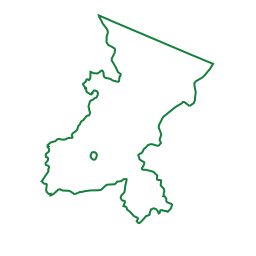 map outline of Koulikoro (orthographic projection), rotated 23°
{"feature_id": "MLI-4860", "entity_name": "Koulikoro", "entity_type": "Region", "adm_level": 1, "iso_a3": "MLI", "parent_name": "Mali", "parent_adm1": "", "projection": "orthographic", "projection_center": [-7.926, 13.476], "detail": "fine", "context": "isolated", "style": "outline", "palette": "green", "viewbox_px": 256, "rotation_deg": 23, "n_neighbors": 0, "source": "natural_earth", "source_scale": "10m", "svg_char_len": 4445}
<svg xmlns="http://www.w3.org/2000/svg" viewBox="0 0 256 256"><g transform="rotate(23 128 128)"><path d="M63.8,186.8L63.5,186.3L63.3,185.8L62.9,185.1L62.7,184.7L62.8,183.5L63.3,182.5L63.9,181.6L64.3,180.6L64.2,179.6L63.7,178.6L62.9,177.7L61.4,176.9L61.6,176.7L62.2,176.0L60.7,175.0L62.5,171.5L64.3,170.1L66.1,168.7L67.6,165.7L69.2,164.9L71.2,164.6L73.3,163.9L75.0,162.8L76.2,161.2L76.9,160.6L80.6,158.6L80.0,157.6L79.4,156.9L79.0,156.2L79.1,155.1L79.5,154.0L81.5,150.8L81.8,149.5L81.8,148.4L81.5,146.0L81.5,145.3L81.7,144.8L82.0,144.3L82.2,143.7L82.3,140.8L82.6,139.9L82.9,139.4L83.6,138.5L83.9,138.0L84.0,137.4L84.2,136.5L85.0,133.7L85.3,133.1L85.7,132.6L85.9,132.4L86.3,132.3L86.7,132.0L87.2,131.4L87.3,130.5L87.2,129.5L87.0,128.7L86.5,127.9L85.2,126.6L84.7,125.4L84.4,124.9L84.0,124.5L83.5,124.2L83.3,123.8L83.2,123.4L82.6,118.6L82.8,117.7L83.3,117.0L84.5,115.8L84.8,115.3L85.5,113.8L86.0,113.3L86.6,112.8L87.0,112.2L87.1,111.5L87.1,110.8L87.3,109.8L87.2,109.2L86.7,107.7L85.8,106.8L84.6,106.3L83.1,106.4L82.2,106.6L81.9,107.1L81.7,108.2L81.0,109.7L80.9,110.3L81.6,110.4L81.0,111.5L79.9,111.6L76.1,111.0L75.2,110.3L74.0,107.9L73.6,108.4L73.2,108.5L72.9,108.2L72.6,107.6L72.4,107.2L72.0,107.0L71.6,106.9L71.2,106.7L69.8,105.5L69.5,105.2L69.4,104.6L69.5,104.4L69.8,104.2L70.0,103.9L70.3,103.0L70.4,102.7L70.8,102.2L71.0,101.5L70.8,99.9L71.0,99.3L72.0,98.9L72.8,99.2L73.4,99.1L73.7,97.8L73.7,96.8L73.5,95.9L71.5,91.0L75.3,91.0L76.7,90.3L78.5,89.8L80.0,87.7L81.0,85.5L82.0,85.3L83.0,85.8L83.9,86.8L85.2,89.3L86.4,90.4L87.7,90.6L89.7,90.2L92.8,89.7L95.2,90.3L97.2,89.9L100.1,89.6L101.4,88.7L101.3,87.8L100.2,84.4L100.5,83.3L100.6,81.9L100.0,81.2L96.8,80.4L94.0,77.7L91.3,75.6L86.8,72.3L85.9,70.7L86.1,68.1L86.3,64.2L85.6,61.2L84.9,60.2L82.1,59.6L77.4,59.3L74.6,57.3L72.6,51.9L72.2,48.4L71.9,47.3L69.9,45.1L63.7,41.6L62.5,40.4L60.1,38.6L57.9,36.8L57.1,35.8L62.5,35.8L63.2,35.8L67.2,35.8L70.2,35.9L73.4,35.9L77.0,35.9L80.7,35.9L86.6,35.9L92.9,35.9L99.6,35.9L106.5,35.9L113.7,35.9L121.1,35.9L128.5,35.9L136.1,35.9L143.6,35.9L151.1,35.9L158.4,35.9L165.6,35.8L172.6,35.8L179.2,35.7L181.2,35.7L180.5,41.2L177.6,50.7L176.3,53.0L172.2,58.5L171.5,60.9L174.1,65.4L176.3,68.3L177.8,73.8L178.8,76.5L178.8,79.5L177.7,81.1L176.7,82.8L175.4,83.6L169.9,82.1L168.4,82.6L167.5,84.8L164.1,89.3L162.5,92.0L156.0,104.2L155.4,112.5L156.0,115.5L158.7,118.2L161.3,121.2L161.6,125.8L162.1,127.1L163.7,128.3L164.2,129.1L163.1,132.2L161.7,133.0L157.6,133.3L155.0,134.1L153.0,136.0L152.2,138.6L150.7,141.5L150.8,143.1L150.3,145.8L148.7,147.4L148.1,149.0L148.8,149.8L150.9,152.3L153.7,153.0L155.8,153.0L156.8,153.9L157.0,156.5L156.5,159.4L157.1,160.5L158.4,160.5L160.3,159.6L165.3,158.8L168.5,158.4L170.4,159.2L173.5,160.3L174.6,163.7L175.4,164.2L177.5,163.5L178.9,163.3L179.6,165.3L180.6,168.2L182.5,168.9L184.7,169.9L186.3,172.3L186.4,174.1L187.0,175.7L187.0,176.9L188.6,176.6L191.0,178.4L191.8,180.4L193.3,181.1L197.3,180.9L198.6,181.4L198.9,185.5L197.3,189.6L195.7,189.5L192.6,190.4L191.3,190.3L190.0,191.0L190.2,193.1L190.2,194.1L189.7,194.6L187.5,192.6L185.3,191.7L183.0,191.9L181.0,194.0L181.1,196.2L181.7,199.6L178.9,202.3L178.4,204.2L177.4,207.1L176.7,208.9L175.7,211.1L174.4,211.3L172.4,210.4L172.7,207.7L171.9,206.9L168.0,206.8L162.2,204.2L159.0,203.4L157.7,201.7L156.5,201.3L154.3,201.7L154.2,197.5L153.3,196.4L151.2,197.0L149.9,196.4L148.4,194.9L148.3,192.4L149.7,189.1L149.6,187.5L148.0,182.0L147.2,177.0L146.7,175.7L144.2,176.6L142.4,179.6L140.5,180.8L139.0,181.5L138.3,183.9L137.6,185.1L136.0,185.8L131.6,188.0L130.5,188.7L129.3,191.0L127.6,195.2L126.2,196.3L123.3,197.7L118.5,199.8L113.4,202.7L110.1,205.2L108.9,205.6L105.7,208.9L104.1,209.8L100.3,208.9L98.0,208.9L92.3,211.1L89.5,211.0L88.0,211.8L85.4,217.5L83.7,219.7L83.1,220.3L82.9,219.3L82.6,218.7L81.5,219.6L80.3,219.5L77.9,218.4L77.4,217.8L76.9,216.9L76.5,216.0L76.3,215.1L75.4,211.9L74.8,211.4L74.1,211.6L73.4,211.9L72.5,212.0L71.7,211.8L70.9,211.3L70.2,211.0L69.4,211.0L71.6,199.4L71.6,198.8L71.4,198.4L71.1,198.0L70.8,197.5L70.8,196.5L70.8,195.6L70.6,194.8L69.8,194.1L68.9,194.0L67.9,194.1L66.9,194.0L66.1,193.3L65.9,192.5L66.1,191.5L66.8,189.7L66.8,188.7L66.5,187.6L65.9,186.8L65.2,186.5L64.3,186.8L63.8,186.8ZM108.2,170.7L109.7,170.2L110.2,169.2L110.3,167.9L110.2,166.5L110.0,165.3L109.3,164.2L108.4,163.6L107.2,163.3L106.0,163.5L105.0,164.0L104.4,164.9L104.2,166.2L104.4,167.9L104.8,169.0L105.5,169.5L105.9,170.0L106.8,170.3L108.2,170.7Z" fill="none" stroke="#15803d" stroke-width="2"/></g></svg>